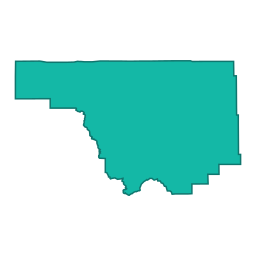 the district of Park, Wyoming, United States of America
{"feature_id": "52423323B43974987892868", "entity_name": "Park", "entity_type": "district", "adm_level": 2, "iso_a3": "USA", "parent_name": "United States of America", "parent_adm1": "Wyoming", "projection": "robinson", "projection_center": [-110.026, 44.405], "detail": "fine", "context": "isolated", "style": "filled", "palette": "teal", "viewbox_px": 256, "rotation_deg": 0, "n_neighbors": 0, "source": "geoboundaries", "source_scale": "gbopen_adm2", "svg_char_len": 3906}
<svg xmlns="http://www.w3.org/2000/svg" viewBox="0 0 256 256"><path d="M16.5,61.3L15.6,61.3L15.5,68.6L15.5,68.8L15.4,76.3L15.4,89.4L15.4,92.1L15.4,98.8L20.3,98.8L23.2,98.8L30.3,98.8L40.2,98.7L50.2,98.7L50.2,102.3L50.2,108.1L62.2,108.1L76.0,108.1L76.4,108.7L76.3,109.7L75.9,109.9L76.0,110.3L76.5,110.5L76.9,110.7L77.3,110.9L77.8,111.4L78.5,111.5L79.2,111.7L79.7,111.9L80.0,111.9L80.1,112.0L80.3,111.9L80.3,111.6L80.5,111.3L80.9,111.3L81.4,111.2L81.7,111.1L82.2,111.2L82.9,111.6L83.6,112.0L84.1,112.6L84.2,112.9L83.9,113.1L83.6,113.4L83.5,113.6L83.4,113.8L83.3,114.0L83.5,114.2L84.0,114.1L84.3,114.3L84.8,114.7L85.2,115.2L85.3,115.7L85.1,116.0L85.1,116.4L85.0,116.8L85.1,117.3L85.1,117.6L84.8,117.9L84.6,118.4L84.6,118.7L84.7,119.4L84.8,119.7L84.7,120.0L84.4,120.5L84.3,120.4L84.1,120.5L84.1,121.0L84.1,121.3L84.1,121.8L84.2,122.5L84.1,123.0L83.8,123.8L83.8,124.4L83.6,124.6L83.5,125.0L83.8,125.5L84.1,125.7L84.3,126.2L84.6,126.6L84.9,126.8L85.2,127.0L85.6,127.1L85.9,127.1L86.2,127.3L86.6,127.4L86.9,127.7L87.2,128.1L87.3,128.5L87.3,129.0L87.3,129.3L87.5,129.7L87.9,129.8L88.4,130.1L88.6,130.3L89.1,130.7L89.4,131.1L89.6,131.6L89.6,132.0L89.7,132.6L89.7,133.0L89.8,133.6L89.8,134.0L90.0,134.6L89.8,135.0L89.9,135.5L90.2,135.9L90.7,136.2L91.4,136.4L91.8,136.6L91.9,136.9L92.0,137.0L91.9,137.1L92.0,137.2L92.1,137.4L92.1,137.5L92.0,137.4L92.0,137.5L91.9,137.6L91.7,137.7L91.7,137.8L91.8,138.0L91.7,138.0L91.6,138.5L91.8,138.9L92.3,139.0L93.3,138.9L93.6,139.2L93.6,139.4L94.0,139.5L94.5,139.3L94.6,139.6L95.0,140.0L95.8,140.2L96.7,141.0L97.1,142.2L96.8,142.9L97.2,143.7L97.3,144.4L97.5,145.1L98.1,145.4L98.1,145.9L97.9,147.0L98.2,148.0L98.7,148.7L99.4,149.2L99.6,149.1L99.9,149.4L100.1,149.6L99.6,149.9L99.3,150.0L99.2,150.7L99.7,151.0L100.2,151.3L99.7,151.7L99.2,151.9L99.3,152.4L99.8,152.8L100.2,152.6L100.4,153.0L99.7,153.3L99.3,153.6L99.3,154.0L99.4,154.7L99.3,155.1L98.8,155.4L98.8,155.9L98.7,156.3L98.9,156.5L98.8,157.0L98.8,157.3L99.0,157.4L99.2,157.9L99.5,158.2L105.3,158.5L105.3,160.8L105.3,170.9L105.3,172.4L105.8,172.4L107.1,173.0L107.2,173.5L107.4,174.0L107.6,174.3L107.8,174.6L108.0,174.9L108.0,175.2L108.2,175.4L108.4,175.6L108.4,175.9L108.5,176.4L108.5,176.9L108.7,177.0L109.1,176.9L109.5,177.0L110.0,177.1L110.1,177.4L110.0,177.8L110.0,178.1L110.0,178.3L110.5,178.9L111.9,178.4L114.9,177.9L117.5,179.3L120.9,178.9L121.9,178.5L123.0,178.3L122.9,179.2L122.1,180.2L122.1,181.4L122.8,181.6L123.6,182.0L123.7,182.8L123.5,183.8L124.0,184.5L125.4,185.6L125.9,186.0L125.9,187.1L125.5,187.3L125.4,187.8L125.7,188.2L126.5,188.4L126.7,188.6L126.6,188.9L126.2,189.2L125.4,189.5L124.7,189.6L123.9,189.7L123.3,190.2L123.1,190.9L123.5,191.5L123.2,192.1L123.5,193.0L124.4,193.5L125.2,193.2L125.4,193.0L125.7,193.3L125.8,193.6L126.1,193.9L126.5,193.9L127.0,194.2L127.7,194.7L128.5,195.1L128.9,195.2L129.4,195.2L129.6,195.0L129.9,194.6L130.6,194.2L131.3,193.8L131.4,193.6L131.8,193.6L132.0,193.7L132.6,193.3L133.2,192.7L134.3,192.0L135.3,191.6L136.3,191.7L137.4,191.2L138.5,190.7L139.6,190.7L140.2,190.1L139.9,189.0L139.8,187.8L140.4,186.7L141.3,184.2L144.0,181.5L145.4,180.7L146.8,179.6L147.2,180.1L148.5,179.5L149.8,178.4L152.0,178.4L154.1,180.1L157.4,179.0L157.7,180.9L160.4,181.1L161.2,182.9L163.0,183.4L164.4,186.2L166.0,186.4L167.3,190.9L170.1,191.0L171.3,191.9L172.1,194.2L175.7,193.9L188.3,193.9L191.9,193.7L191.9,184.0L208.1,183.9L207.8,174.3L219.0,174.3L218.9,164.4L240.6,164.4L240.6,154.4L238.5,154.4L238.3,125.3L238.3,115.0L236.6,115.0L236.5,107.0L236.4,88.5L236.3,75.8L233.8,75.8L233.6,61.4L228.1,61.4L204.2,61.4L194.1,61.5L192.3,61.5L190.4,60.8L176.1,60.8L175.6,60.8L166.0,60.9L165.1,60.9L148.3,61.1L140.3,61.1L132.5,61.2L128.2,61.2L121.3,61.1L110.6,61.1L110.0,61.1L107.8,61.0L100.3,61.0L92.3,61.8L84.4,61.8L81.1,61.5L79.5,61.5L77.6,61.3L74.0,62.1L66.4,62.3L61.1,62.3L60.6,62.3L46.9,62.3L42.9,61.6L41.9,61.4L39.8,61.1L16.6,61.3L16.5,61.3Z" fill="#14b8a6" stroke="#0f766e" stroke-width="1.5"/></svg>